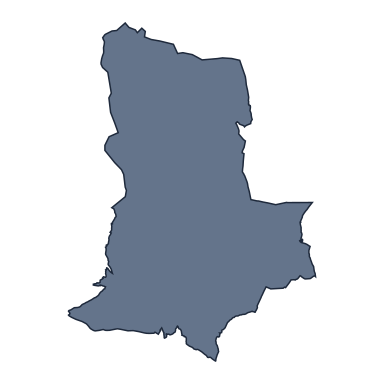 the district of Intorsura Buzaului, Covasna, Romania
{"feature_id": "2599482B89691616287649", "entity_name": "Intorsura Buzaului", "entity_type": "district", "adm_level": 2, "iso_a3": "ROU", "parent_name": "Romania", "parent_adm1": "Covasna", "projection": "albers", "projection_center": [26.001, 45.693], "detail": "fine", "context": "isolated", "style": "filled", "palette": "slate", "viewbox_px": 384, "rotation_deg": 0, "n_neighbors": 0, "source": "geoboundaries", "source_scale": "gbopen_adm2", "svg_char_len": 6016}
<svg xmlns="http://www.w3.org/2000/svg" viewBox="0 0 384 384"><path d="M215.6,361.0L215.8,360.4L215.9,358.9L217.2,354.8L218.6,351.6L218.6,351.3L218.3,350.5L218.3,349.7L218.2,348.8L217.8,348.0L217.8,347.6L217.2,345.5L216.4,344.3L216.1,343.4L216.1,341.9L215.7,341.3L215.7,340.7L216.3,338.0L217.1,336.8L217.5,336.6L218.7,337.0L219.1,336.8L219.6,336.1L219.7,334.8L220.1,333.7L219.6,333.0L220.2,333.0L221.6,332.6L221.6,332.1L221.9,331.5L221.7,330.7L222.1,330.0L222.2,329.9L223.3,329.6L225.1,327.8L227.5,322.5L228.7,321.5L229.9,320.1L231.5,319.2L232.2,318.3L233.0,317.6L234.2,317.4L235.0,316.5L236.3,316.0L237.9,316.0L239.8,315.0L241.2,314.9L242.7,314.4L244.7,314.3L245.9,313.9L247.7,312.7L250.8,311.8L252.1,311.3L253.0,311.7L253.9,311.8L254.7,312.0L254.8,312.2L255.3,312.1L255.4,311.5L256.3,310.1L257.4,307.7L257.2,305.8L261.1,297.4L261.5,296.2L261.9,295.6L264.1,290.8L266.1,286.9L270.8,288.9L283.2,288.2L284.4,287.2L285.6,287.6L289.3,282.7L291.1,279.9L294.1,279.7L295.2,280.0L295.4,279.7L297.3,279.0L297.8,278.6L300.1,275.7L300.8,276.0L301.6,276.8L304.1,278.5L305.0,278.9L305.9,278.9L310.1,278.6L310.6,278.4L313.4,276.3L314.5,275.9L314.8,276.0L315.5,276.6L315.1,273.4L314.4,271.7L314.1,270.2L313.6,266.5L312.4,264.5L311.9,263.3L311.2,261.2L310.7,260.1L310.1,257.8L309.4,256.8L309.3,254.1L308.9,253.1L308.9,250.5L310.1,246.4L309.3,246.0L307.3,244.6L305.5,243.7L301.3,242.5L300.6,242.0L300.1,241.5L299.7,240.7L300.4,240.3L301.3,240.8L302.2,241.6L302.5,241.2L302.6,240.4L302.3,240.0L302.5,239.5L302.2,239.3L301.5,239.8L301.1,239.3L301.0,238.3L301.4,237.2L301.7,235.8L302.0,234.7L301.7,233.0L301.2,232.5L301.1,231.6L301.2,230.8L301.1,230.0L301.1,227.5L300.4,224.7L300.2,223.5L300.1,222.3L300.7,222.3L300.6,221.2L302.3,217.2L302.5,215.7L304.2,213.0L306.1,210.5L306.9,209.7L308.8,206.9L312.3,202.5L287.5,202.6L286.6,202.4L275.7,204.7L268.2,203.0L262.9,202.0L258.6,201.0L256.8,200.9L250.9,199.6L249.2,191.2L248.0,186.8L247.5,183.6L247.0,181.8L244.7,175.8L243.9,174.5L243.9,174.2L242.4,171.9L242.6,169.0L243.0,166.0L243.3,161.0L244.0,153.7L242.2,152.8L242.2,152.3L242.5,150.8L244.1,147.4L245.4,141.0L243.5,139.6L238.8,134.1L238.7,133.4L238.9,132.7L238.8,132.0L239.0,131.5L238.9,130.3L238.4,128.7L236.7,124.7L235.8,123.2L237.2,121.8L239.0,123.1L239.3,123.8L239.9,124.3L243.7,125.7L244.5,126.9L245.5,125.9L247.2,125.0L250.7,123.6L250.9,121.7L252.2,119.5L251.6,117.6L251.2,115.1L251.2,114.1L250.9,112.9L250.0,110.6L250.4,107.7L250.4,106.4L250.2,105.6L249.2,105.4L248.9,105.0L249.0,104.5L248.9,104.3L248.5,104.2L248.4,104.0L248.6,103.7L248.6,102.3L248.7,101.7L248.4,100.9L248.4,100.4L248.7,97.3L247.5,90.1L246.3,84.8L245.8,79.8L245.3,76.6L239.7,60.3L231.7,58.5L222.5,57.9L217.3,58.6L202.1,59.9L192.3,54.6L182.9,52.7L177.6,53.5L173.4,44.3L159.8,41.0L151.2,39.5L144.5,36.9L145.3,31.4L141.8,28.2L137.3,32.7L135.4,29.9L128.9,27.4L125.2,23.0L116.7,30.5L112.0,31.0L105.4,34.3L104.6,35.0L102.7,37.7L103.2,38.9L103.3,39.5L103.7,40.0L104.4,41.6L104.4,42.5L104.2,44.4L103.5,47.8L103.7,51.1L103.6,53.1L102.6,55.6L101.7,58.7L101.0,62.8L101.1,64.3L102.6,67.5L107.8,72.2L111.3,93.2L108.9,97.9L110.6,112.4L114.7,122.9L118.2,132.7L109.1,136.7L104.9,145.3L104.9,150.4L114.7,162.6L121.5,169.7L123.7,174.4L125.2,187.1L126.4,190.4L125.3,196.7L111.8,207.7L113.8,208.8L114.5,210.4L114.8,211.8L114.8,212.5L115.5,213.7L115.8,214.5L116.1,216.5L115.9,216.9L115.1,217.5L114.7,218.7L112.5,222.3L112.4,222.6L112.4,223.7L111.7,223.4L111.4,223.5L111.4,224.3L111.8,226.4L111.6,228.5L111.7,229.0L111.6,230.1L111.1,231.0L110.1,232.3L111.2,233.0L110.9,233.4L110.5,234.5L109.5,235.9L109.1,236.9L108.8,238.2L109.0,239.9L108.5,242.1L108.4,243.6L107.8,244.3L106.3,245.2L106.9,245.8L106.5,246.2L106.2,246.7L105.5,247.2L106.0,248.2L106.1,248.9L106.1,250.1L105.6,253.4L105.7,254.5L107.9,258.4L108.0,259.0L108.1,260.4L108.7,261.4L108.2,263.7L108.2,264.7L110.2,267.3L111.3,269.4L111.9,271.8L112.4,273.3L110.7,272.2L109.2,270.5L107.9,268.6L107.2,268.0L106.7,267.9L106.6,268.4L106.7,268.9L106.5,269.4L106.0,269.5L105.8,269.7L106.3,270.0L105.6,271.1L105.8,272.1L105.6,273.7L106.0,274.8L106.1,275.7L106.1,276.4L105.9,276.9L105.4,277.3L103.5,276.8L103.0,277.3L102.6,277.9L103.0,278.5L100.2,280.2L100.0,282.5L98.6,283.0L97.0,282.8L96.9,283.2L96.3,283.6L94.3,283.9L93.9,284.3L93.4,284.2L93.3,285.0L94.3,285.3L98.1,285.9L99.2,285.8L100.1,285.0L100.4,285.1L100.7,285.6L101.2,285.3L101.9,285.4L102.8,285.9L103.7,286.1L103.9,286.1L104.4,286.4L105.5,286.8L104.9,288.2L104.8,288.8L103.7,289.2L102.2,291.1L101.4,291.5L100.5,292.3L99.6,293.4L98.7,295.0L97.9,295.8L95.7,297.4L94.3,297.9L91.6,299.7L88.5,301.3L87.5,302.0L86.4,302.3L84.7,303.4L82.2,304.5L80.5,306.3L79.6,307.0L77.6,307.5L74.3,307.7L70.6,310.0L69.2,310.4L68.6,310.9L68.5,311.1L68.5,311.3L69.6,312.6L69.9,313.7L69.6,314.2L68.5,315.1L69.1,315.8L71.4,317.2L75.8,319.3L82.1,321.5L86.2,323.7L87.0,324.4L88.8,326.5L89.7,327.8L90.7,328.8L93.4,330.4L95.1,330.9L99.2,330.4L103.2,329.5L105.3,330.3L107.0,330.4L109.6,330.3L115.6,329.1L117.5,328.8L120.6,329.3L127.9,330.8L133.2,330.6L139.2,331.7L144.2,332.9L146.7,333.3L149.5,333.4L153.9,333.2L154.5,332.8L155.0,332.2L158.3,334.2L160.6,330.4L160.1,330.1L161.7,327.9L162.0,328.5L163.4,332.1L163.8,332.4L163.9,334.5L164.2,336.8L164.2,337.8L164.5,338.1L165.3,337.8L166.2,337.2L166.6,336.7L166.5,336.0L166.7,335.1L166.3,334.5L166.4,333.9L166.7,333.9L167.6,334.3L168.7,334.1L169.0,334.2L169.7,334.8L170.4,334.8L172.1,334.2L173.1,333.6L173.9,332.7L174.7,332.4L175.1,332.0L175.5,330.8L175.6,328.9L175.8,328.6L176.5,327.9L177.0,327.1L177.1,326.4L177.6,326.1L178.1,326.8L178.4,327.8L179.0,328.8L180.4,329.3L181.2,330.6L181.5,332.0L181.6,332.9L182.0,334.7L181.9,335.1L182.2,335.1L183.2,335.8L183.9,335.8L184.3,336.7L185.5,336.8L185.7,337.0L186.3,338.2L186.3,340.2L186.1,341.4L186.4,342.9L186.3,343.7L187.0,344.4L189.4,346.1L192.0,347.2L193.1,348.0L193.8,348.9L196.2,349.7L197.0,349.4L197.9,349.5L199.2,350.2L201.7,351.8L204.8,354.4L206.3,355.4L207.6,357.3L208.3,357.5L209.3,357.3L210.2,357.3L210.6,357.4L212.3,358.9L214.7,360.6L215.6,361.0Z" fill="#64748b" stroke="#1e293b" stroke-width="1.5"/></svg>